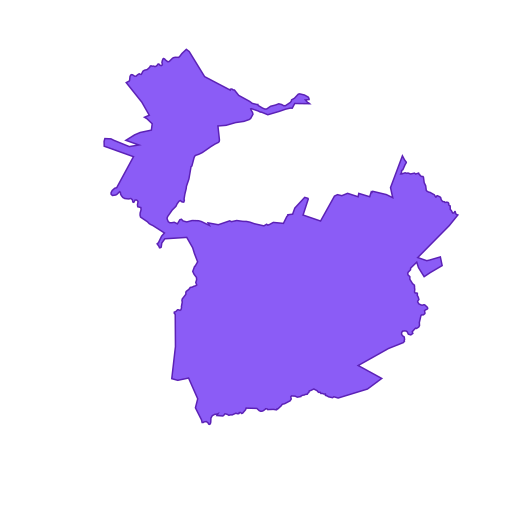 outline of Angel Albino Corzo, Chiapas, Mexico, rotated 198°
{"feature_id": "50627088B21044766508397", "entity_name": "Angel Albino Corzo", "entity_type": "district", "adm_level": 2, "iso_a3": "MEX", "parent_name": "Mexico", "parent_adm1": "Chiapas", "projection": "albers", "projection_center": [-92.692, 15.759], "detail": "fine", "context": "isolated", "style": "filled", "palette": "violet", "viewbox_px": 512, "rotation_deg": 198, "n_neighbors": 0, "source": "geoboundaries", "source_scale": "gbopen_adm2", "svg_char_len": 6064}
<svg xmlns="http://www.w3.org/2000/svg" viewBox="0 0 512 512"><g transform="rotate(198 256 256)"><path d="M304.6,144.9L298.2,113.3L292.0,113.6L282.4,119.1L267.3,102.2L266.7,92.9L257.2,83.3L255.8,81.0L254.8,81.3L254.2,82.1L252.1,83.2L249.9,82.4L249.1,81.5L248.2,81.5L247.6,82.3L247.7,84.0L248.8,88.0L248.2,90.7L246.4,92.6L244.0,93.7L243.5,94.2L243.9,92.2L238.1,93.6L237.4,94.6L236.7,96.4L234.3,96.5L232.6,96.1L231.1,97.1L229.6,97.5L226.6,100.2L224.6,100.3L223.7,100.7L223.4,101.2L223.6,101.9L222.5,102.4L220.9,101.8L220.1,102.5L218.4,106.6L218.4,108.3L218.0,108.4L208.1,111.3L205.1,109.9L203.4,109.8L202.1,110.4L201.1,111.3L199.8,113.2L199.7,113.7L199.3,113.9L198.1,114.0L197.5,113.5L192.1,115.5L189.0,116.0L188.6,116.5L188.7,117.2L188.0,117.3L185.8,121.2L185.2,123.1L183.1,124.4L178.8,128.8L178.3,130.9L179.4,132.7L179.0,133.9L175.5,134.8L173.1,134.5L170.1,136.1L170.2,136.3L168.9,137.8L167.0,138.8L166.5,139.5L164.5,140.4L164.3,141.5L163.6,142.6L163.6,144.2L162.7,144.7L159.9,147.4L156.0,146.7L155.4,146.1L154.1,145.7L152.8,146.2L151.8,145.3L150.3,145.8L148.5,145.7L147.3,146.2L146.8,145.4L146.8,144.9L145.1,144.9L143.5,144.5L139.4,144.9L138.5,146.2L134.0,146.3L108.9,163.9L98.6,178.4L125.0,183.4L101.5,208.9L89.1,219.2L88.5,220.8L88.9,221.2L88.9,222.5L90.0,224.8L92.1,225.5L93.4,226.6L93.8,228.2L93.4,229.8L91.5,230.7L90.1,231.0L89.0,230.8L86.9,228.7L84.4,228.8L82.9,230.8L84.0,232.2L82.5,235.7L82.0,236.6L81.3,236.5L80.7,237.0L79.3,238.7L79.0,240.4L80.1,243.2L80.7,250.0L80.5,251.0L78.6,251.8L77.7,253.2L77.6,253.8L78.8,256.0L78.1,257.2L77.0,258.1L76.5,258.9L76.6,259.5L77.4,260.3L80.3,261.6L81.2,261.6L82.8,260.5L84.3,260.5L86.3,260.8L88.1,262.3L88.2,263.4L87.6,264.9L88.9,266.9L90.4,268.3L91.0,270.4L91.6,270.5L93.1,270.0L94.1,270.7L94.8,273.7L95.4,274.5L95.6,275.7L96.0,276.1L96.3,277.2L98.6,278.1L102.5,281.4L103.3,283.9L105.7,285.1L106.3,286.4L106.3,287.5L104.8,290.6L105.2,292.3L101.2,299.8L97.9,295.2L89.7,288.3L85.2,294.0L76.0,304.4L80.4,312.1L89.9,305.6L92.2,304.3L101.7,304.5L81.6,344.6L76.7,357.4L78.4,357.5L79.2,358.1L80.3,359.8L80.7,359.7L81.1,358.0L82.3,357.7L84.3,359.6L85.6,360.3L86.8,363.6L88.6,364.2L88.9,365.5L89.7,366.2L91.1,366.2L92.8,365.3L93.6,365.8L95.4,365.5L97.3,366.8L98.4,368.6L99.4,369.1L102.1,369.4L102.7,368.9L102.9,367.8L103.4,367.6L105.3,369.3L110.2,370.3L111.6,370.1L113.7,370.6L114.4,371.1L116.3,375.2L118.7,377.7L121.1,382.7L121.8,383.2L123.3,382.8L125.0,383.4L125.5,384.1L126.3,384.2L127.0,385.1L129.5,383.3L130.9,383.8L134.3,381.8L137.1,381.9L138.2,381.2L139.9,381.2L142.6,379.2L143.7,378.8L143.4,380.3L143.9,382.3L143.0,383.4L142.4,389.2L141.9,391.2L142.1,391.7L144.4,393.3L147.7,396.5L149.2,362.6L144.0,353.7L151.0,354.7L165.0,353.6L165.4,352.3L166.2,352.7L166.2,347.5L177.6,347.3L177.2,343.9L188.3,343.9L193.0,339.9L197.5,339.5L199.9,337.2L205.4,309.2L223.9,309.5L223.9,326.3L224.4,326.9L227.8,326.8L233.9,313.6L234.1,307.1L238.4,305.1L238.1,304.7L238.9,303.0L240.0,295.5L249.9,293.3L252.8,290.2L254.3,289.0L255.7,289.5L257.8,287.1L267.5,286.2L272.3,286.3L275.9,285.9L279.1,284.9L285.3,283.8L289.9,281.1L291.9,281.3L301.5,274.1L311.8,272.7L309.8,270.7L318.6,271.9L321.5,271.8L327.7,270.0L332.4,267.0L336.2,266.8L338.3,267.9L339.6,267.0L340.7,262.3L344.2,262.8L346.4,261.6L348.3,261.0L350.0,261.5L351.5,263.2L352.3,264.5L352.2,266.3L349.9,273.8L347.5,278.5L347.2,281.0L346.3,283.9L345.7,284.9L345.0,285.4L343.8,284.7L342.8,284.6L341.4,284.9L341.3,285.8L341.4,287.0L342.0,287.8L342.8,293.0L343.2,298.5L343.7,300.8L343.6,308.5L345.4,320.9L344.8,321.8L345.3,330.5L345.1,332.0L344.6,333.0L341.8,335.1L339.0,337.8L332.8,346.0L329.6,349.8L326.8,352.5L326.4,353.5L326.6,355.0L332.4,367.9L324.9,371.0L316.6,376.6L309.1,380.3L304.6,383.7L303.6,385.1L302.7,389.9L303.7,391.5L305.7,393.2L306.5,394.3L305.9,394.7L298.8,394.6L296.5,394.2L295.0,394.5L288.4,394.0L278.6,400.7L273.2,404.8L269.2,407.2L267.2,407.8L266.3,413.0L252.1,417.4L253.3,417.9L254.3,417.9L257.3,419.7L253.9,421.2L254.4,422.3L255.5,423.3L259.7,424.1L264.6,423.7L265.8,423.0L268.2,417.9L270.4,415.5L270.3,414.1L270.8,412.7L274.5,408.0L276.1,407.5L278.4,408.0L281.4,407.8L284.0,405.7L288.4,402.9L291.3,399.1L293.0,398.5L295.5,398.7L300.3,399.8L301.1,400.7L301.5,400.4L306.7,400.0L309.9,401.1L322.1,403.4L327.8,407.2L329.1,406.9L330.1,407.3L331.1,407.2L331.9,406.7L331.8,405.8L360.3,410.7L382.7,429.8L386.1,431.0L389.0,425.7L390.3,422.0L391.0,421.0L394.3,420.0L395.8,419.1L396.5,418.3L398.7,414.1L399.9,413.5L402.6,414.4L403.7,415.1L404.9,415.3L405.3,414.9L405.5,413.1L405.3,411.0L404.3,409.5L404.3,408.6L404.9,407.8L406.1,407.7L407.5,408.5L408.4,408.4L409.1,406.5L409.9,405.4L410.7,404.9L412.0,405.0L413.1,404.5L414.6,404.4L415.2,404.0L415.5,402.5L417.1,399.7L419.5,398.2L420.6,396.9L421.2,393.3L422.4,393.0L423.4,393.2L424.6,391.8L425.7,389.9L427.0,389.5L429.4,390.2L430.5,390.0L431.1,389.3L431.3,387.8L430.5,384.0L430.6,383.3L433.0,380.8L412.1,367.0L401.0,356.9L404.9,353.5L402.0,352.8L395.6,349.7L394.4,343.4L404.3,337.7L408.9,333.7L415.5,325.8L401.7,325.4L410.3,320.9L426.9,322.1L430.1,322.6L436.0,321.0L435.9,318.1L434.3,313.5L403.2,312.6L409.6,277.9L411.3,276.8L413.0,273.9L413.4,271.6L413.0,270.1L412.4,269.7L411.2,269.2L408.2,270.7L407.3,271.7L405.6,275.0L404.7,274.7L403.8,272.9L402.7,271.8L400.7,270.5L398.6,270.1L394.8,270.9L392.8,272.0L391.0,271.3L389.8,269.3L389.2,269.2L388.8,269.3L388.3,271.8L387.1,272.3L386.1,272.1L385.0,271.3L384.6,268.1L383.7,266.3L380.5,266.5L379.6,264.5L379.5,261.2L378.9,259.0L377.8,257.3L369.8,255.0L367.6,253.8L365.9,253.4L363.5,253.1L350.2,249.6L351.9,245.7L352.9,238.5L353.8,237.0L351.3,235.2L350.3,234.0L349.4,234.4L348.9,235.1L349.6,239.3L348.0,244.2L327.6,252.3L318.8,244.3L315.3,239.3L309.7,232.4L310.8,227.3L311.2,227.1L311.4,221.8L309.3,219.5L306.0,217.2L305.1,215.0L305.1,212.2L303.4,210.1L304.2,209.0L305.9,207.9L307.0,206.7L308.8,205.8L309.5,203.6L311.4,200.8L311.5,199.9L310.9,197.9L312.9,192.3L312.6,190.5L311.9,189.5L311.3,184.8L310.8,183.7L310.8,181.7L311.5,180.8L312.9,180.9L314.0,180.6L315.0,178.5L316.4,177.3L316.0,176.2L314.8,175.6L304.6,144.9Z" fill="#8b5cf6" stroke="#5b21b6" stroke-width="1.5"/></g></svg>